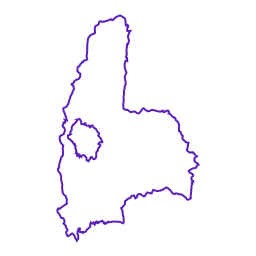 Antsirabe II, Vakinankaratra, Madagascar
{"feature_id": "10022922B65379850816186", "entity_name": "Antsirabe II", "entity_type": "district", "adm_level": 2, "iso_a3": "MDG", "parent_name": "Madagascar", "parent_adm1": "Vakinankaratra", "projection": "natural_earth1", "projection_center": [47.084, -19.841], "detail": "fine", "context": "isolated", "style": "outline", "palette": "violet", "viewbox_px": 256, "rotation_deg": 0, "n_neighbors": 0, "source": "geoboundaries", "source_scale": "gbopen_adm2", "svg_char_len": 5736}
<svg xmlns="http://www.w3.org/2000/svg" viewBox="0 0 256 256"><path d="M63.5,223.5L65.8,225.8L65.8,226.7L67.4,229.9L67.3,230.7L66.3,231.7L66.2,233.1L67.3,235.8L68.3,236.2L71.8,233.6L72.7,233.6L74.4,235.6L75.2,238.1L76.7,239.9L76.9,240.6L78.3,238.7L78.2,235.8L77.4,233.4L77.6,231.7L78.2,230.2L78.5,228.8L78.8,228.9L79.7,228.3L80.0,228.5L79.8,229.4L79.5,229.9L79.8,230.6L79.5,231.6L79.8,232.0L80.6,232.2L81.8,231.9L82.8,232.9L83.4,231.9L84.1,232.2L85.0,232.1L85.8,231.4L86.6,230.0L90.2,226.7L90.1,224.0L90.6,223.4L90.8,222.6L91.7,223.5L92.3,223.6L93.4,222.4L94.0,222.5L94.3,222.9L94.4,224.5L94.6,224.7L95.8,222.2L96.9,222.8L97.0,221.6L97.9,221.9L98.3,222.9L100.0,221.7L102.4,220.8L103.7,223.0L104.3,222.6L105.2,223.9L106.3,223.3L106.6,222.5L107.8,222.5L108.1,221.9L108.5,222.3L113.0,221.6L118.2,221.7L120.8,222.2L122.9,223.3L123.3,223.2L123.7,221.9L123.7,220.4L123.4,216.9L122.7,214.4L122.5,210.5L121.1,208.1L122.7,206.9L124.3,205.0L125.0,203.8L124.9,201.3L128.7,198.3L129.8,198.2L130.4,197.8L131.6,196.0L132.7,195.6L134.0,195.5L135.4,198.3L136.4,197.7L137.1,196.5L137.4,195.0L138.3,194.3L139.5,193.9L140.3,194.0L143.4,196.2L144.6,196.3L147.1,192.5L151.6,193.4L153.2,189.9L157.2,191.1L159.1,190.8L161.5,190.3L161.9,189.7L163.2,189.5L165.5,187.8L166.3,187.5L167.3,187.8L169.5,189.5L170.6,190.5L172.1,192.9L173.6,193.8L174.8,194.1L175.6,193.4L176.3,193.4L177.6,193.6L178.6,194.2L180.9,194.3L182.9,195.4L185.7,197.6L187.0,199.6L188.5,199.6L190.8,198.4L190.6,196.1L191.2,192.1L191.2,189.2L191.6,188.0L191.4,186.7L192.1,184.2L191.8,182.4L192.3,181.9L192.8,182.4L193.3,181.1L191.5,179.7L191.3,178.1L192.2,176.5L193.2,175.8L193.2,175.0L192.6,174.1L190.0,172.8L189.0,171.5L188.8,170.8L192.0,168.7L195.9,167.8L196.2,167.5L196.5,166.1L198.6,164.7L197.7,163.5L195.5,162.3L194.4,160.7L194.5,159.8L194.3,158.9L194.5,158.2L195.6,157.1L196.9,156.4L195.5,155.3L193.3,152.5L192.5,152.7L192.2,152.3L191.5,152.5L190.8,152.3L189.7,152.6L186.9,150.4L186.9,149.8L188.0,146.2L187.8,145.3L188.1,143.8L188.5,142.8L185.8,142.2L184.7,140.9L183.2,139.8L182.4,138.7L182.3,138.0L182.8,136.6L182.7,135.8L181.5,134.7L180.7,132.2L180.0,131.6L179.1,131.3L178.9,130.9L179.1,127.4L179.0,124.4L178.2,122.4L175.5,119.7L175.3,118.1L173.9,117.2L173.3,117.4L169.7,113.6L168.5,113.5L168.9,111.5L168.6,110.9L167.8,110.7L165.8,110.8L164.8,112.0L164.3,112.1L163.4,112.0L163.2,111.2L162.7,110.6L160.7,111.6L159.9,111.7L152.0,109.8L149.9,110.9L147.9,111.3L145.4,109.8L143.6,108.3L143.3,108.3L142.3,109.0L141.3,110.9L140.3,111.7L139.8,112.6L138.9,113.3L138.2,113.4L137.0,113.1L135.3,111.8L133.3,111.5L131.3,112.2L130.4,112.0L127.3,109.8L125.4,109.8L123.6,108.8L123.2,105.1L123.8,99.3L123.4,97.6L124.1,93.6L123.8,91.3L124.0,90.3L124.6,89.1L124.6,86.7L125.5,84.9L125.7,83.2L125.4,80.6L124.8,78.2L124.8,76.5L126.5,72.4L125.2,69.6L124.5,65.4L125.1,61.8L125.6,60.8L126.2,60.3L126.6,60.9L127.2,61.1L127.0,57.8L126.0,57.0L126.1,56.2L126.8,54.7L126.5,50.6L126.7,47.3L127.2,46.7L126.9,44.5L127.4,43.9L128.0,44.0L128.2,43.6L129.0,40.4L128.1,37.6L128.0,35.7L128.9,34.2L129.2,32.4L130.3,30.9L127.4,31.0L127.2,30.6L127.0,29.8L127.1,29.0L127.6,27.6L127.9,27.4L127.7,26.9L128.2,26.3L127.6,24.9L126.5,25.8L125.6,25.1L125.6,21.7L125.1,18.5L120.1,15.4L116.3,16.9L112.5,20.2L112.0,20.2L111.1,19.4L110.4,19.2L108.9,20.2L104.6,21.5L102.1,21.9L100.8,21.2L100.3,21.2L99.1,22.1L98.4,24.6L95.4,26.1L95.1,26.8L94.7,29.4L95.1,33.0L91.0,34.9L89.7,36.1L88.1,38.3L87.3,44.3L87.2,51.1L86.9,54.5L86.5,55.9L87.2,59.5L85.3,60.4L83.4,60.8L82.9,62.3L81.9,62.3L81.3,63.3L80.3,64.3L79.4,66.2L78.3,66.5L77.7,67.0L77.3,70.8L78.1,72.0L80.3,73.7L80.4,74.5L79.9,77.3L78.8,78.9L75.9,80.0L74.0,81.6L73.3,83.5L71.7,83.9L71.7,84.4L72.0,85.0L73.6,86.4L73.9,89.5L72.8,91.3L72.1,93.5L70.6,96.1L68.2,104.1L66.5,106.6L65.9,107.1L63.6,108.0L63.3,108.8L63.4,110.3L65.1,114.4L66.9,120.5L65.2,120.0L65.7,120.7L65.0,121.4L65.1,122.7L64.5,122.9L63.9,122.4L63.6,122.6L63.5,123.0L63.8,123.2L62.9,124.5L62.9,125.5L62.6,126.1L64.5,128.3L65.0,130.5L64.2,132.5L63.9,133.9L61.0,135.6L60.5,135.6L59.9,136.6L59.7,137.8L59.8,140.0L60.4,141.9L61.8,144.0L63.3,145.5L62.8,147.6L63.0,154.5L62.7,155.8L61.7,156.7L60.8,158.8L59.3,164.1L58.9,166.6L59.1,167.7L58.0,168.7L57.9,169.4L58.2,170.8L60.6,174.3L61.2,177.4L61.1,179.5L62.3,184.5L62.1,186.8L62.2,189.1L62.8,192.7L63.4,194.2L65.5,195.9L66.9,199.5L66.6,202.2L66.9,203.7L61.6,207.1L59.7,208.8L59.2,208.9L58.7,208.4L58.1,208.5L57.6,209.3L57.4,211.2L57.7,212.2L59.0,213.7L61.3,217.9L63.2,218.2L63.9,219.2L64.4,220.8L64.5,222.2L64.2,222.9L63.5,223.5ZM78.8,118.9L80.0,119.4L80.6,120.5L81.1,121.6L81.4,124.1L83.8,124.2L84.8,123.2L85.1,123.2L85.5,123.4L85.0,124.9L87.1,125.7L89.2,125.6L89.5,126.1L89.6,126.9L90.1,126.9L89.8,127.1L90.0,127.4L90.8,126.9L91.3,125.7L92.4,125.5L92.9,126.0L93.3,127.1L94.2,128.0L95.6,128.6L97.8,132.2L99.0,133.0L98.9,134.5L98.2,135.6L100.9,138.7L102.4,142.0L101.6,142.4L100.0,142.2L98.4,143.9L100.2,144.9L100.4,145.4L99.7,146.8L98.9,147.4L97.6,150.3L97.6,151.1L96.8,151.5L96.3,152.4L96.2,157.0L95.7,158.0L94.8,158.9L94.0,159.2L93.3,159.0L92.7,158.5L92.2,157.5L91.7,157.0L91.0,157.0L88.7,160.9L88.4,160.4L87.7,160.7L86.6,160.3L86.5,158.1L86.1,157.3L85.2,156.2L83.7,155.1L82.6,155.3L81.5,156.0L81.4,156.6L80.4,155.7L80.5,156.1L79.9,156.8L79.9,156.0L79.6,155.6L78.5,155.6L78.3,156.2L77.2,156.0L77.1,155.7L77.4,155.5L77.3,155.1L77.6,154.8L77.7,153.7L76.9,153.3L76.0,153.3L76.3,152.7L76.0,151.8L76.1,151.3L76.3,151.3L76.2,149.9L75.2,148.4L75.6,146.0L74.7,145.6L74.5,145.2L74.8,145.0L74.6,144.6L74.9,144.3L74.9,144.0L73.4,143.4L72.4,141.4L71.5,141.3L70.3,139.6L68.5,138.7L67.8,136.8L68.0,135.3L69.8,134.9L70.7,134.2L70.4,134.1L70.2,132.4L71.7,129.8L71.7,127.1L73.1,124.8L75.3,122.9L77.6,119.9L76.8,119.9L76.6,119.7L77.8,119.6L78.8,118.9Z" fill="none" stroke="#5b21b6" stroke-width="2"/></svg>